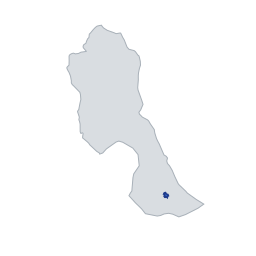 location of Snēpeles pag., Kuldigas, Latvia, rotated 241°
{"feature_id": "27541924B13518565761243", "entity_name": "Snēpeles pag.", "entity_type": "district", "adm_level": 2, "iso_a3": "LVA", "parent_name": "Latvia", "parent_adm1": "Kuldigas", "projection": "natural_earth1", "projection_center": [21.939, 56.845], "detail": "fine", "context": "in_parent", "style": "filled", "palette": "blue", "viewbox_px": 256, "rotation_deg": 241, "n_neighbors": 0, "source": "geoboundaries", "source_scale": "gbopen_adm2", "svg_char_len": 2931}
<svg xmlns="http://www.w3.org/2000/svg" viewBox="0 0 256 256"><g transform="rotate(241 128 128)"><path d="M186.1,172.5L184.6,172.3L180.4,171.1L176.9,169.4L174.8,167.1L171.1,163.9L168.7,162.3L165.0,160.3L158.7,156.1L156.4,155.2L145.4,153.4L141.4,152.6L137.7,147.9L136.5,145.2L134.6,144.7L132.7,145.3L130.6,145.8L125.7,149.0L124.1,149.5L121.0,149.5L113.9,150.2L110.6,149.0L104.9,147.8L101.8,147.6L99.1,147.6L87.0,146.4L84.8,147.7L82.6,148.0L80.4,145.9L77.8,145.3L74.8,146.0L69.4,146.1L63.0,145.4L54.9,144.9L53.6,145.1L44.6,147.9L42.4,148.3L32.5,153.0L24.7,157.4L23.9,150.4L24.4,136.3L25.6,129.4L31.0,125.3L33.7,122.2L35.3,118.0L35.7,114.1L36.8,110.9L44.6,101.7L50.7,100.7L59.0,98.2L68.3,96.0L70.1,98.7L71.0,100.8L82.2,108.3L85.1,110.8L89.5,119.5L99.9,123.9L108.1,122.5L111.6,120.4L118.1,116.5L121.0,113.6L121.5,110.8L120.2,99.0L118.4,93.8L118.9,90.6L120.1,90.8L122.8,89.3L131.8,86.4L133.7,86.3L135.7,85.7L141.4,83.5L143.2,84.7L144.8,86.0L145.6,86.0L146.1,85.5L145.9,84.7L146.3,84.1L148.0,84.4L154.6,88.0L157.2,88.8L159.0,89.0L161.1,90.7L166.8,91.8L167.5,92.7L167.9,93.8L173.3,98.3L175.8,100.6L180.5,102.7L182.6,103.2L190.8,101.0L193.0,100.3L194.9,100.3L196.9,101.4L201.4,102.9L205.4,103.4L206.1,103.3L209.5,103.4L210.7,104.0L211.6,106.9L215.5,109.2L219.1,111.1L220.1,112.0L220.4,113.7L220.2,115.6L219.8,116.7L218.4,117.8L217.2,120.8L217.1,123.7L215.2,128.6L215.6,128.7L219.9,127.8L221.2,128.3L222.2,129.4L222.6,132.4L224.0,133.8L225.6,136.0L226.1,137.7L228.9,139.7L229.2,141.0L231.0,145.6L231.8,148.3L232.1,150.3L231.4,152.9L230.7,154.7L229.8,154.6L227.4,155.1L223.5,157.2L217.8,162.2L216.3,163.3L214.9,167.2L214.5,167.6L211.1,167.4L210.2,167.3L206.8,167.4L199.3,166.4L196.4,167.0L192.7,170.9L191.2,171.5L186.8,172.0L186.1,172.5Z" fill="#d9dde1" stroke="#a8b0b8" stroke-width="1"/><path d="M50.5,130.7L50.8,130.4L50.7,130.2L50.8,130.1L50.9,129.9L51.0,129.8L51.3,129.8L51.5,129.7L51.9,129.6L51.9,129.4L52.0,129.3L52.1,129.2L52.3,129.2L52.5,129.2L52.8,129.2L52.8,129.3L53.0,129.5L53.3,129.6L53.5,129.4L53.5,129.2L53.6,128.9L53.6,128.7L53.6,128.4L53.5,128.2L53.5,127.9L53.5,127.7L53.4,127.6L53.2,127.7L53.0,127.8L53.0,127.7L52.9,127.7L52.8,127.8L52.8,127.7L52.7,127.7L52.4,127.6L52.2,127.6L52.2,127.4L52.1,127.5L51.9,127.7L51.7,127.5L51.8,127.5L51.9,127.4L51.7,127.3L51.4,127.4L51.2,127.3L51.1,127.2L50.9,127.2L50.7,127.2L50.7,127.3L50.7,127.2L50.6,127.3L50.6,127.2L50.4,127.1L50.2,126.9L50.1,126.7L49.9,126.7L49.7,126.6L49.8,126.5L49.7,126.5L49.5,126.8L49.4,126.8L49.3,127.0L49.3,127.3L49.2,127.4L49.2,127.5L49.3,127.5L49.5,127.6L49.4,127.8L49.2,127.9L49.1,128.0L48.9,128.1L48.7,128.2L48.7,128.3L48.4,128.4L48.2,128.5L47.9,128.6L48.0,128.7L48.3,128.7L48.4,128.8L48.5,128.8L48.8,128.9L49.0,128.9L49.0,129.0L49.2,129.3L49.2,129.5L49.3,129.8L49.0,129.8L49.1,130.0L48.9,130.1L49.0,130.1L49.2,130.3L49.1,130.5L49.3,130.6L49.5,130.6L49.8,130.6L50.0,130.6L50.5,130.7L50.5,130.7Z" fill="#3b82f6" stroke="#1e3a8a" stroke-width="1.5"/></g></svg>